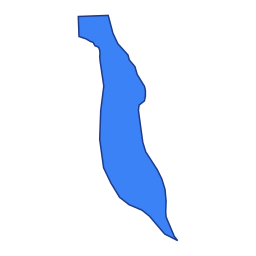 map outline of Kayunga (orthographic projection)
{"feature_id": "UGA-3067", "entity_name": "Kayunga", "entity_type": "District", "adm_level": 1, "iso_a3": "UGA", "parent_name": "Uganda", "parent_adm1": "", "projection": "orthographic", "projection_center": [32.888, 1.01], "detail": "fine", "context": "isolated", "style": "filled", "palette": "blue", "viewbox_px": 256, "rotation_deg": 0, "n_neighbors": 0, "source": "natural_earth", "source_scale": "10m", "svg_char_len": 662}
<svg xmlns="http://www.w3.org/2000/svg" viewBox="0 0 256 256"><path d="M100.7,110.7L103.8,86.1L100.2,61.7L99.7,56.5L100.0,53.5L99.7,50.3L98.8,47.7L97.3,46.6L95.0,45.8L93.1,42.3L90.5,41.5L86.1,38.9L79.0,36.5L78.3,16.5L108.2,15.4L112.9,33.2L117.8,43.7L128.0,55.0L129.3,60.0L134.9,66.6L137.2,74.5L144.5,86.4L145.4,90.7L145.4,96.2L144.4,100.9L139.1,105.1L138.4,110.3L142.8,142.4L145.7,151.8L157.3,169.8L161.9,179.2L165.0,189.4L166.1,201.0L165.7,211.9L166.1,217.0L174.3,236.4L177.7,240.6L164.7,234.0L161.5,230.3L149.4,216.1L142.0,210.2L129.1,204.7L119.6,197.3L110.9,183.0L103.6,167.8L99.7,139.4L100.7,110.7Z" fill="#3b82f6" stroke="#1e3a8a" stroke-width="1.5"/></svg>